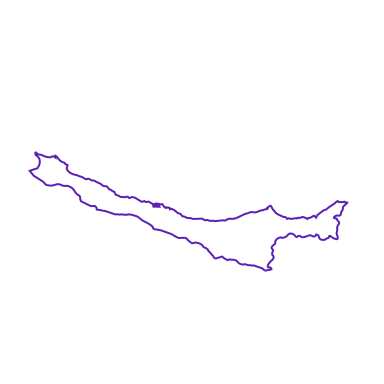 outline of West Coast, rotated 56°
{"feature_id": "NZL-3406", "entity_name": "West Coast", "entity_type": "Regional Council", "adm_level": 1, "iso_a3": "NZL", "parent_name": "New Zealand", "parent_adm1": "", "projection": "natural_earth1", "projection_center": [171.032, -42.634], "detail": "fine", "context": "isolated", "style": "outline", "palette": "violet", "viewbox_px": 384, "rotation_deg": 56, "n_neighbors": 0, "source": "natural_earth", "source_scale": "10m", "svg_char_len": 6045}
<svg xmlns="http://www.w3.org/2000/svg" viewBox="0 0 384 384"><g transform="rotate(56 192 192)"><path d="M73.5,300.9L73.0,300.4L71.8,299.9L71.8,299.4L74.2,298.7L75.2,298.1L77.0,296.1L80.3,294.1L82.3,292.2L84.0,290.2L84.2,288.3L84.6,287.5L85.7,286.6L86.4,286.2L87.0,286.0L86.6,285.8L85.5,285.0L86.5,284.5L87.6,284.3L90.8,284.1L92.7,283.7L94.5,282.8L95.5,282.1L96.0,281.7L96.7,281.3L98.1,281.4L98.5,281.2L99.8,280.1L100.7,280.6L101.5,281.7L102.6,282.8L105.1,283.1L108.0,282.3L110.9,280.6L114.0,277.8L116.4,276.2L117.4,275.3L118.3,274.7L121.6,273.1L122.4,272.3L122.7,271.8L122.7,271.1L122.9,270.6L123.3,270.2L124.7,269.4L125.2,269.2L126.2,268.7L128.2,266.5L129.1,266.0L130.1,265.7L133.9,263.3L136.5,262.5L137.9,261.8L138.5,260.9L138.8,260.4L139.3,259.8L140.0,259.4L140.5,259.3L141.9,259.1L142.8,259.3L143.3,259.2L143.9,258.8L144.6,258.1L146.7,257.5L148.5,256.3L150.6,256.7L151.8,256.6L154.5,254.6L155.5,254.3L156.3,253.8L158.1,251.3L158.9,250.5L159.2,249.8L159.2,248.9L160.3,247.8L161.6,247.6L162.2,246.9L162.3,246.0L162.6,244.6L163.7,243.4L164.8,242.5L171.8,239.3L172.4,238.3L172.9,236.5L174.0,236.2L174.8,235.5L175.6,233.5L176.2,233.1L177.4,232.6L178.8,231.7L179.5,231.4L180.3,231.2L180.9,231.4L182.0,232.0L182.6,232.2L186.0,227.2L184.3,226.9L183.0,228.2L181.9,230.0L180.6,230.8L181.6,227.9L183.4,226.0L184.7,225.0L185.3,224.0L185.3,223.5L189.1,223.3L190.3,222.8L190.7,222.4L190.3,221.7L191.2,221.1L191.9,220.1L192.7,219.5L193.9,220.0L194.0,218.9L194.6,218.6L194.9,218.1L197.0,216.9L201.7,215.4L203.7,213.8L206.8,213.5L207.9,212.3L208.5,211.8L210.4,210.9L211.3,209.9L213.2,207.4L214.1,206.9L215.0,206.1L219.5,198.9L220.2,198.2L221.8,197.6L222.7,197.0L223.1,196.2L223.9,194.9L224.4,194.4L225.7,193.6L226.6,192.4L227.9,190.1L228.9,189.5L232.6,182.4L233.7,181.2L234.3,180.2L234.4,178.1L234.8,176.5L237.3,172.8L238.4,169.8L239.9,160.1L240.8,157.7L241.0,156.2L241.6,154.5L241.8,154.0L243.6,151.9L244.4,150.8L244.9,149.3L245.8,145.1L246.6,143.8L247.1,141.6L248.2,139.1L247.8,138.4L247.4,138.9L247.2,138.4L247.1,138.0L247.1,134.9L247.9,134.3L251.1,134.7L254.7,134.3L256.1,134.3L258.7,133.2L263.7,130.2L265.0,128.7L265.5,128.4L266.3,128.2L267.0,128.3L267.5,128.2L267.8,126.6L269.3,125.4L270.0,124.3L272.0,120.2L272.3,119.8L272.5,119.8L272.7,119.5L272.8,118.2L273.3,117.7L273.7,117.1L274.0,116.5L274.2,115.7L274.2,115.0L274.8,114.0L276.2,112.9L277.8,111.9L278.9,111.5L278.7,110.9L278.7,110.3L278.8,109.6L279.5,108.4L279.6,107.6L279.6,106.1L279.8,104.5L280.1,103.9L280.6,104.1L281.9,103.4L282.6,103.4L281.5,101.5L281.2,100.7L280.8,93.4L280.9,92.6L281.4,91.1L281.5,90.5L281.2,87.0L281.2,79.8L280.9,77.7L280.9,76.6L281.4,76.0L282.1,76.0L282.5,75.8L282.9,75.4L283.6,74.1L284.9,72.5L285.0,72.1L285.1,71.4L285.2,71.1L285.6,70.8L286.3,70.8L286.7,70.6L287.2,69.5L287.7,69.3L287.9,69.9L288.6,74.4L289.1,75.4L290.8,76.8L291.3,77.6L291.7,78.8L292.2,79.6L292.8,80.2L293.5,80.8L294.1,81.6L294.2,82.4L293.9,83.2L293.3,84.1L292.9,84.4L292.4,85.2L292.1,86.2L292.3,88.2L292.8,88.8L293.4,88.6L294.5,87.3L294.9,87.0L295.4,87.0L295.9,87.2L296.5,87.3L298.0,87.0L299.2,87.0L299.8,87.2L300.5,87.8L300.8,88.5L301.0,89.3L301.3,89.9L301.8,90.4L302.2,91.2L302.6,91.6L303.1,91.9L303.7,92.1L304.4,92.5L306.6,94.8L307.3,95.3L308.0,95.6L310.7,96.3L311.6,96.9L312.1,97.5L312.2,97.9L312.0,98.5L309.6,100.5L305.9,101.9L305.3,102.4L305.3,103.0L306.1,103.8L306.3,104.2L306.2,104.9L306.0,105.6L305.9,106.8L305.9,107.9L305.7,109.1L305.0,110.1L304.0,111.3L303.0,111.9L302.1,112.2L301.2,112.2L299.2,111.6L298.5,111.7L297.8,111.9L297.0,112.4L296.7,112.8L296.8,113.3L297.4,114.1L297.4,114.7L297.2,115.5L296.6,116.4L294.1,118.0L293.6,118.8L293.3,119.7L292.7,122.4L292.1,124.0L291.5,125.5L290.8,126.3L289.9,126.7L288.7,127.1L288.1,127.8L287.9,128.7L288.0,129.5L287.9,130.4L287.3,130.8L284.7,131.2L283.8,131.6L282.9,132.1L281.9,133.0L281.4,133.7L281.1,134.3L281.0,135.4L281.1,136.4L281.3,137.0L281.5,137.6L281.6,138.8L281.4,140.4L280.8,142.1L280.3,143.1L279.0,144.1L278.4,147.3L278.5,148.1L278.8,149.0L279.3,150.3L279.8,150.8L280.9,151.5L281.4,152.0L281.5,152.8L281.5,153.8L281.6,155.0L281.9,156.1L282.4,156.9L283.0,157.3L283.7,157.4L285.3,157.2L286.0,157.5L286.4,158.1L286.8,158.9L287.1,159.4L287.4,159.7L288.6,160.4L289.1,160.6L290.4,160.4L291.2,160.5L292.1,161.1L292.7,161.9L293.1,163.0L293.5,165.8L293.9,167.4L294.9,169.6L295.7,170.6L296.5,171.0L297.0,170.9L297.4,170.6L298.1,169.4L298.5,169.2L299.5,169.1L300.4,169.3L300.1,170.6L299.9,171.2L299.6,172.0L298.9,173.3L298.7,174.0L298.4,174.8L297.7,175.5L296.4,176.0L295.4,176.2L293.9,176.9L291.2,179.1L288.0,181.4L287.2,182.2L286.6,183.2L286.2,183.8L285.0,184.9L284.5,185.8L283.9,186.5L281.6,188.3L280.2,191.0L278.6,192.2L277.3,192.9L276.3,193.2L274.8,193.3L274.0,193.5L272.4,194.5L271.4,195.4L270.2,197.1L268.9,198.5L268.7,199.3L268.5,200.5L265.3,202.3L262.5,203.1L262.2,203.4L262.0,204.1L261.6,205.8L261.0,207.6L260.8,208.5L260.5,209.3L260.0,209.9L259.2,210.4L256.5,210.3L254.6,210.7L252.4,210.8L250.1,211.4L249.8,211.4L249.4,211.2L248.9,211.1L248.3,211.1L246.3,211.8L245.2,212.6L244.4,213.0L243.5,213.2L241.7,213.3L239.6,214.1L238.4,215.0L236.1,217.0L235.5,218.2L234.9,220.0L234.3,220.7L233.3,221.2L229.2,222.4L228.0,222.3L226.0,223.5L222.7,228.7L220.8,230.0L215.5,232.5L206.4,239.2L201.3,244.4L199.9,244.4L199.1,244.1L197.3,244.4L194.8,245.3L187.8,249.0L182.5,250.7L180.9,251.6L176.9,255.0L175.5,256.5L174.7,257.9L174.0,259.5L172.6,261.3L171.2,262.8L170.3,264.6L169.1,265.8L167.7,268.1L159.6,274.3L157.8,276.2L156.0,277.8L153.3,280.8L151.7,280.0L150.8,280.0L149.5,280.2L148.6,281.4L147.8,282.7L146.8,284.0L145.3,284.7L143.4,286.0L141.2,287.0L139.5,288.2L137.4,289.2L135.7,288.7L134.4,288.1L133.5,287.5L132.0,287.5L130.0,288.5L126.8,288.9L124.2,288.8L122.0,289.1L119.6,290.1L117.2,291.9L116.6,292.6L116.1,293.8L114.3,295.8L112.4,296.8L111.3,297.9L110.3,299.0L109.8,300.4L109.5,301.7L108.2,304.8L107.0,306.5L105.1,308.4L103.7,309.2L100.3,309.6L90.1,314.1L83.7,314.7L85.1,309.4L85.5,308.3L85.9,306.8L85.2,305.6L84.7,304.3L83.6,302.9L82.6,301.8L80.8,300.7L79.0,299.9L76.3,300.1L73.5,300.9Z" fill="none" stroke="#5b21b6" stroke-width="2"/></g></svg>